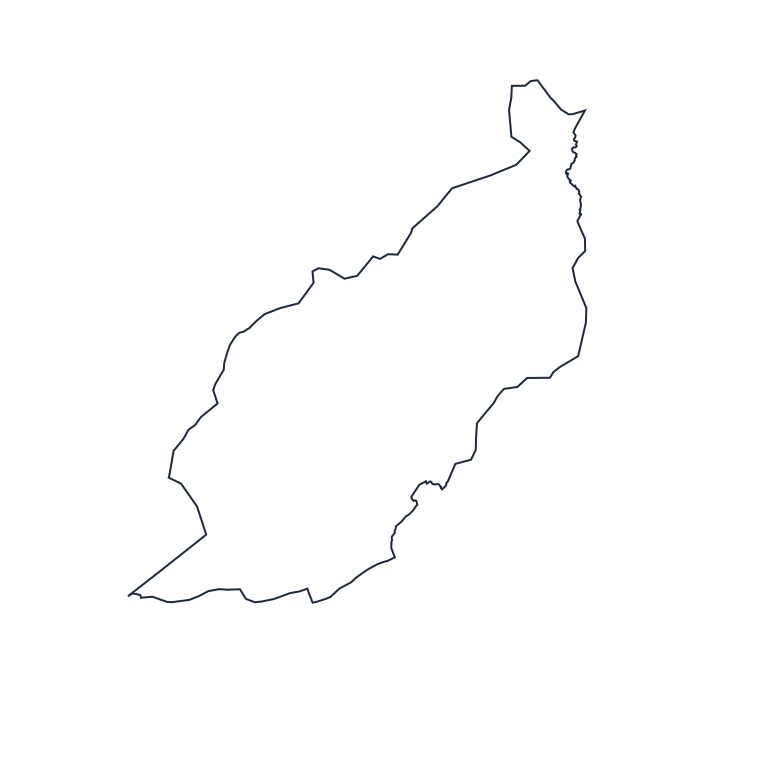 Kokona, Nassarawa, Nigeria (Equal Earth projection), rotated 228°
{"feature_id": "59680162B28903777440270", "entity_name": "Kokona", "entity_type": "district", "adm_level": 2, "iso_a3": "NGA", "parent_name": "Nigeria", "parent_adm1": "Nassarawa", "projection": "equal_earth", "projection_center": [8.04, 8.812], "detail": "fine", "context": "isolated", "style": "outline", "palette": "slate", "viewbox_px": 768, "rotation_deg": 228, "n_neighbors": 0, "source": "geoboundaries", "source_scale": "gbopen_adm2", "svg_char_len": 3257}
<svg xmlns="http://www.w3.org/2000/svg" viewBox="0 0 768 768"><g transform="rotate(228 384 384)"><path d="M397.6,51.7L396.6,56.9L393.6,59.4L390.4,61.5L390.0,61.7L389.4,61.3L387.7,60.4L380.9,69.5L367.1,77.1L365.1,79.1L363.7,80.5L360.6,85.0L358.6,87.9L353.8,94.9L351.4,101.5L350.4,103.9L349.1,109.1L347.6,114.9L341.9,124.2L335.6,130.3L331.2,135.6L327.8,139.6L322.3,138.6L316.6,137.6L308.2,142.0L306.1,144.9L304.0,147.9L299.4,155.7L297.8,158.5L295.2,164.9L291.5,174.2L289.3,177.7L286.3,182.6L284.4,187.2L283.2,190.1L281.3,189.2L277.8,187.8L273.2,186.2L270.5,185.0L269.3,184.7L267.7,187.2L263.4,196.6L261.6,201.7L261.8,214.0L258.6,226.9L258.8,233.1L257.6,243.8L256.7,249.4L254.4,258.8L251.4,266.0L250.1,268.4L248.0,276.1L257.1,279.6L261.0,283.2L261.7,283.9L262.6,285.6L263.4,286.1L264.5,286.8L265.3,287.7L265.7,289.8L266.2,292.6L267.4,293.3L268.8,295.9L270.2,297.7L270.0,304.7L270.4,307.9L271.0,311.1L270.3,315.6L270.6,321.1L271.8,325.8L271.9,327.9L272.8,328.4L275.6,329.8L277.2,328.8L277.4,327.7L279.5,327.7L281.8,328.6L285.5,342.8L285.1,343.9L283.7,350.0L283.1,349.6L281.3,349.1L280.7,353.1L279.7,353.6L278.5,353.2L276.4,353.5L275.0,354.9L274.4,356.3L273.0,357.5L272.0,357.5L270.4,357.4L269.4,357.6L268.9,356.8L266.9,356.6L266.8,358.5L267.0,361.0L267.2,362.7L268.8,364.1L268.8,366.1L276.8,383.4L276.9,383.6L269.5,398.0L273.6,408.0L282.6,416.6L292.6,426.8L293.8,434.3L296.5,453.1L298.9,460.0L300.1,469.9L292.6,481.1L292.7,494.4L277.6,511.5L279.5,517.8L278.9,526.3L274.8,547.0L294.6,575.2L304.9,585.1L332.2,594.8L344.0,601.7L347.8,612.7L348.2,622.5L357.6,630.6L374.7,636.2L375.9,637.0L376.8,640.2L377.6,641.5L377.9,643.4L378.6,644.2L379.6,643.3L380.3,644.2L381.9,646.3L382.8,646.3L383.6,648.3L385.4,650.3L388.3,652.0L390.0,653.4L391.1,655.6L394.1,656.3L395.2,656.2L395.9,657.7L396.9,657.8L397.9,658.5L398.9,658.3L400.1,657.8L401.0,658.3L401.7,657.9L402.6,658.3L403.4,658.7L403.7,657.5L406.3,657.3L409.0,657.1L410.2,657.5L410.0,658.8L410.9,659.1L412.1,658.5L414.0,658.7L415.8,659.2L417.1,661.6L417.9,661.4L418.2,660.1L419.6,660.6L420.7,662.8L420.5,664.2L419.6,665.5L419.6,666.9L422.2,670.6L421.7,673.1L422.5,675.3L424.0,676.8L424.1,679.2L425.2,679.5L425.8,680.9L427.9,680.7L429.5,679.8L431.0,679.9L433.1,681.1L433.0,683.4L431.7,684.8L431.7,686.1L432.4,686.8L433.6,686.8L434.5,688.7L435.1,689.6L437.6,688.2L438.7,688.8L439.6,691.7L440.8,692.8L444.1,693.0L446.1,696.9L452.8,716.3L458.4,704.6L460.9,701.7L469.4,699.2L480.6,699.6L485.4,699.3L507.0,701.3L510.9,695.9L511.3,688.4L520.0,678.5L511.6,670.2L503.9,660.2L492.4,651.6L482.5,644.1L472.3,647.0L459.8,648.2L458.4,629.0L465.4,609.4L467.8,602.6L483.9,565.6L482.7,557.4L480.4,542.8L480.7,509.1L478.3,505.5L475.8,497.0L471.0,480.8L477.7,473.9L479.7,464.7L486.1,461.3L482.3,436.5L488.7,425.1L505.4,419.9L513.8,412.8L515.5,406.2L506.4,399.4L501.1,374.5L509.8,357.8L512.8,350.0L515.8,342.1L516.2,331.5L515.7,321.3L516.4,317.6L516.9,314.4L518.7,311.3L519.0,308.7L518.5,304.1L516.1,295.7L512.4,288.7L506.4,279.2L501.9,274.6L496.8,258.5L493.8,253.0L480.9,247.3L481.9,226.8L482.0,226.6L481.3,222.6L479.9,216.7L480.8,208.1L477.4,198.1L475.1,182.9L467.6,173.4L458.7,161.9L458.5,161.4L445.7,166.5L418.0,163.1L394.9,152.8L391.0,151.1L395.1,87.1L397.1,59.1L397.6,51.7Z" fill="none" stroke="#1e293b" stroke-width="2"/></g></svg>